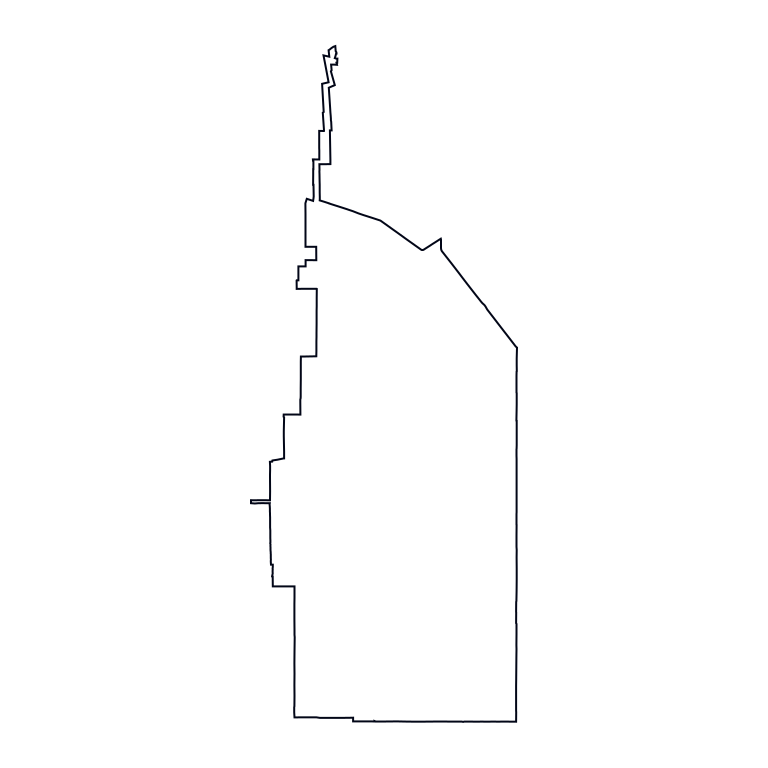 the district of Valle Hermoso, Tamaulipas, Mexico
{"feature_id": "50627088B70713462324597", "entity_name": "Valle Hermoso", "entity_type": "district", "adm_level": 2, "iso_a3": "MEX", "parent_name": "Mexico", "parent_adm1": "Tamaulipas", "projection": "mercator", "projection_center": [-97.883, 25.782], "detail": "fine", "context": "isolated", "style": "outline", "palette": "ink", "viewbox_px": 768, "rotation_deg": 0, "n_neighbors": 0, "source": "geoboundaries", "source_scale": "gbopen_adm2", "svg_char_len": 5181}
<svg xmlns="http://www.w3.org/2000/svg" viewBox="0 0 768 768"><path d="M371.5,721.4L374.8,721.5L374.7,721.1L375.7,721.5L385.8,721.5L386.0,721.5L396.6,721.4L397.1,721.4L407.5,721.6L418.7,721.7L428.9,721.6L429.1,721.6L429.4,721.6L440.2,721.5L450.9,721.6L461.7,721.6L463.2,721.9L464.2,721.6L472.6,721.6L473.2,721.7L483.2,721.6L483.8,721.7L493.7,721.6L494.5,721.6L499.3,721.7L500.9,721.6L505.3,721.6L516.1,721.7L516.2,712.0L516.1,711.0L516.1,699.7L516.1,689.0L516.1,688.7L516.1,686.1L516.2,678.5L516.2,677.6L516.3,667.2L516.3,666.4L516.4,655.8L516.5,649.0L516.4,645.1L516.5,634.1L516.5,623.9L516.1,623.2L516.2,612.4L516.1,612.1L516.2,601.7L516.3,601.4L516.4,601.2L516.6,590.6L516.6,590.2L516.7,579.5L516.7,576.0L516.7,568.6L516.6,557.4L516.7,549.8L516.5,546.9L516.5,535.8L516.6,524.8L516.5,524.7L516.5,513.9L516.6,512.3L516.6,501.8L516.6,491.7L516.6,481.4L516.6,470.2L516.6,459.0L516.5,455.8L516.5,451.7L516.5,449.1L516.6,448.6L516.7,445.2L516.7,437.4L516.7,437.2L516.7,426.1L516.7,420.7L516.4,420.6L516.6,410.8L516.7,404.2L516.7,393.0L516.5,392.7L516.5,392.1L516.5,385.4L516.5,383.3L516.5,382.7L516.5,375.8L516.6,371.5L516.8,371.3L516.7,365.5L516.7,362.4L516.7,358.4L517.0,347.6L516.6,347.3L515.5,346.2L505.8,333.6L504.3,331.7L487.2,309.5L485.5,306.5L484.4,305.0L482.4,303.2L481.1,301.7L475.4,294.5L467.0,283.7L462.1,277.3L460.0,274.5L451.7,263.7L441.9,251.2L441.5,250.4L441.2,249.6L441.1,248.9L441.0,248.2L441.0,239.5L440.8,238.7L435.5,242.1L431.2,244.8L431.0,245.0L430.7,245.2L424.9,248.9L423.7,249.7L423.3,249.8L423.0,250.0L422.6,250.0L422.2,250.0L421.9,250.0L421.5,249.9L421.2,249.7L420.9,249.5L415.1,245.4L405.7,238.7L396.3,231.9L393.2,229.7L392.5,229.2L382.7,222.2L382.0,221.7L380.9,220.9L380.2,220.5L372.3,217.9L365.1,215.6L364.1,215.3L358.5,213.4L352.9,211.2L348.4,209.7L347.3,209.3L338.3,206.4L335.1,205.4L329.2,203.5L329.2,203.4L324.3,201.8L320.4,200.6L319.7,200.4L319.8,199.1L319.8,197.2L319.7,192.4L319.7,192.1L319.7,191.9L319.7,190.4L319.7,184.9L319.6,181.3L319.5,174.4L319.4,171.2L319.5,170.1L319.4,164.2L324.9,164.2L330.4,164.1L330.4,159.7L330.2,148.1L329.9,130.4L331.6,130.4L331.2,121.8L330.9,120.2L330.9,118.7L330.7,115.7L330.4,112.4L330.2,108.9L329.7,101.2L328.8,87.7L334.8,85.1L330.9,71.3L331.6,70.3L331.4,67.6L331.2,65.8L331.1,64.6L334.1,64.6L337.0,64.8L336.5,62.8L337.2,62.8L337.4,58.6L336.1,58.6L334.8,58.1L335.5,56.0L336.1,53.5L336.5,53.5L336.4,52.3L335.7,51.2L335.3,46.1L334.5,46.4L333.3,46.8L332.7,47.3L331.8,47.8L330.8,48.6L330.1,49.2L329.4,49.7L328.8,50.1L328.6,50.2L329.3,56.7L323.5,55.4L325.3,64.7L328.6,82.3L322.1,83.8L323.7,112.0L322.8,112.7L323.3,120.2L323.4,121.6L324.0,130.4L323.9,131.0L319.2,130.9L319.2,131.3L319.2,137.4L319.2,140.1L319.2,148.1L319.3,150.4L319.3,159.5L312.9,159.4L313.0,160.7L313.4,160.7L313.4,169.1L313.2,169.1L313.2,174.6L313.1,184.8L313.5,184.8L313.6,190.4L313.7,196.4L313.5,198.3L313.1,200.9L306.8,198.8L306.6,199.4L305.5,202.9L305.4,203.4L305.5,214.1L305.5,224.8L305.5,225.1L305.5,236.1L305.5,239.5L305.5,246.8L312.5,246.8L316.2,246.8L316.3,260.2L305.6,260.1L305.6,266.4L298.4,266.4L298.4,269.7L298.4,271.8L298.4,274.2L298.4,275.9L298.4,280.3L296.7,280.3L296.6,280.5L296.7,287.1L296.7,288.9L302.9,288.8L305.5,288.8L316.6,288.8L316.8,288.9L316.7,297.8L316.7,301.8L316.7,306.3L316.6,310.7L316.6,315.1L316.6,323.9L316.5,332.7L316.5,336.9L316.4,341.2L316.4,346.0L316.4,351.3L316.3,356.3L305.6,356.5L300.9,356.5L300.8,361.6L300.8,367.8L300.8,373.5L300.8,379.2L300.7,388.1L300.7,389.6L300.7,392.7L300.7,396.8L300.6,397.1L300.7,397.9L300.3,399.5L300.3,402.1L300.4,414.6L294.7,414.5L283.7,414.5L283.6,416.3L283.6,416.7L283.7,417.0L284.1,417.3L284.0,422.6L283.8,431.2L283.8,433.4L283.8,435.6L283.8,436.2L284.1,451.6L284.1,453.9L284.1,458.4L283.8,458.4L283.7,458.4L277.5,459.7L272.9,460.4L272.4,460.5L272.2,461.6L269.9,461.8L270.1,466.0L270.1,470.2L270.0,474.6L270.0,477.0L270.1,491.5L270.0,500.3L269.2,500.3L265.5,500.2L258.2,500.2L254.7,500.3L251.0,500.2L251.0,503.2L254.9,503.5L258.3,503.2L258.5,503.2L259.1,503.2L259.3,503.2L259.5,503.2L259.8,503.2L260.0,503.2L260.4,503.2L260.6,503.2L260.8,503.1L261.1,503.1L261.3,503.1L261.5,503.1L261.9,503.1L262.0,503.1L265.6,503.2L269.2,503.2L269.8,503.2L269.6,504.3L269.8,506.6L269.9,508.7L269.9,510.2L269.9,511.7L270.0,513.1L270.0,514.8L270.1,517.5L270.1,519.0L270.1,520.5L270.1,522.0L270.1,524.0L270.1,524.7L270.1,526.2L270.1,527.6L270.2,529.0L270.3,530.5L270.3,531.5L270.3,532.0L270.3,534.7L270.3,536.1L270.3,538.2L270.4,540.4L270.4,542.6L270.2,543.1L270.5,544.6L270.4,545.9L270.5,547.3L270.5,548.6L270.5,550.0L270.6,551.2L270.7,552.1L270.7,553.5L270.8,554.1L270.8,555.5L270.8,558.2L270.9,559.5L270.8,560.8L270.8,561.9L270.9,563.1L270.9,563.5L271.0,564.7L272.8,564.7L272.8,566.9L272.6,568.8L272.7,569.2L272.6,571.3L272.7,573.6L272.2,575.7L272.1,576.4L272.7,576.5L272.8,586.4L283.7,586.4L294.5,586.4L294.5,597.6L294.4,604.0L294.4,608.2L294.4,619.1L294.5,630.1L294.5,630.5L294.5,634.9L294.7,637.1L294.5,652.1L294.4,663.2L294.5,673.8L294.4,684.9L294.5,695.8L294.4,706.4L294.2,707.1L294.2,712.4L294.5,717.4L305.4,717.3L315.4,717.3L316.2,717.3L320.1,717.9L327.0,717.9L332.3,717.9L338.0,717.9L348.8,717.8L353.1,717.7L353.1,721.4L371.5,721.4Z" fill="none" stroke="#020617" stroke-width="2"/></svg>